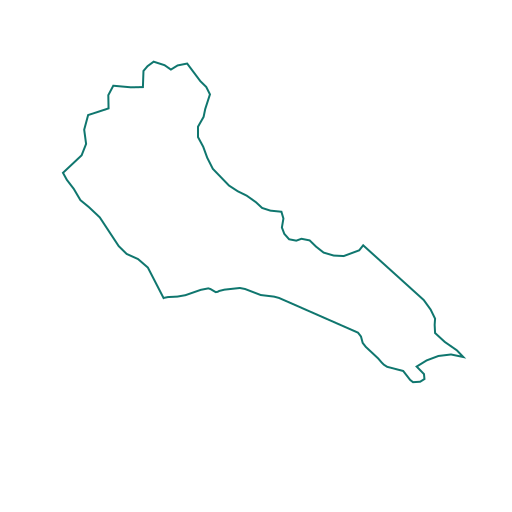 SVG path tracing the border of Pingtung, rotated 313°
{"feature_id": "TWN-1158", "entity_name": "Pingtung", "entity_type": "County", "adm_level": 1, "iso_a3": "TWN", "parent_name": "Taiwan", "parent_adm1": "", "projection": "natural_earth1", "projection_center": [120.7, 22.396], "detail": "fine", "context": "isolated", "style": "outline", "palette": "teal", "viewbox_px": 512, "rotation_deg": 313, "n_neighbors": 0, "source": "natural_earth", "source_scale": "10m", "svg_char_len": 1356}
<svg xmlns="http://www.w3.org/2000/svg" viewBox="0 0 512 512"><g transform="rotate(313 256 256)"><path d="M336.9,327.1L338.2,408.7L335.9,420.3L332.3,429.7L327.5,433.6L321.8,439.5L321.9,452.7L324.0,467.2L323.5,476.5L317.0,465.8L307.3,457.6L296.0,452.0L284.7,448.9L284.2,459.4L280.9,463.1L276.0,461.8L270.8,456.9L270.5,453.2L272.3,442.1L264.4,427.5L263.7,423.6L263.8,420.5L264.4,415.2L264.4,398.3L265.2,393.3L268.7,387.7L269.5,382.9L241.0,301.4L238.6,296.9L230.7,286.1L224.4,270.5L221.6,266.0L209.9,255.9L205.3,252.9L203.7,252.4L202.1,251.2L200.8,245.3L199.8,243.2L193.6,238.7L179.2,231.1L172.7,226.2L165.9,219.6L162.7,217.3L162.2,217.1L173.8,184.8L173.3,171.8L169.3,160.0L169.6,148.8L177.7,115.4L177.8,100.5L177.1,89.5L180.8,77.0L182.7,65.7L185.2,58.1L210.7,59.8L222.1,55.3L231.2,44.2L244.6,37.1L263.4,47.5L272.9,38.3L283.2,35.5L294.0,49.4L302.4,58.1L314.6,47.5L320.8,47.2L328.2,48.6L328.3,48.6L333.2,59.0L334.3,66.6L341.9,68.7L349.8,74.4L345.9,96.1L345.7,104.3L342.8,112.1L328.9,118.6L322.0,122.8L311.0,125.4L303.4,132.5L299.9,142.9L294.6,153.3L290.3,165.0L289.1,188.2L290.9,198.5L293.8,208.1L295.3,219.3L295.3,227.7L299.0,235.6L305.7,244.4L302.1,250.5L294.5,255.5L291.5,261.6L290.8,268.8L294.7,275.0L299.6,277.5L304.0,284.6L303.8,293.6L304.6,303.1L309.3,312.5L315.8,320.2L330.5,327.6L336.9,327.1Z" fill="none" stroke="#0f766e" stroke-width="2"/></g></svg>